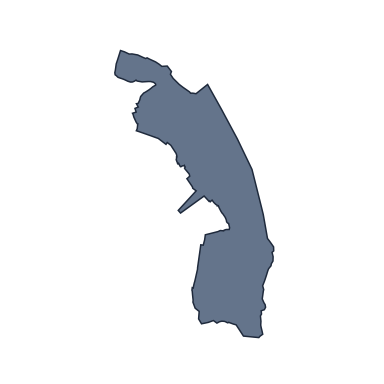 outline of Baile Tusnad, Harghita, Romania, rotated 134°
{"feature_id": "2599482B24277216401355", "entity_name": "Baile Tusnad", "entity_type": "district", "adm_level": 2, "iso_a3": "ROU", "parent_name": "Romania", "parent_adm1": "Harghita", "projection": "albers", "projection_center": [25.861, 46.146], "detail": "fine", "context": "isolated", "style": "filled", "palette": "slate", "viewbox_px": 384, "rotation_deg": 134, "n_neighbors": 0, "source": "geoboundaries", "source_scale": "gbopen_adm2", "svg_char_len": 3070}
<svg xmlns="http://www.w3.org/2000/svg" viewBox="0 0 384 384"><g transform="rotate(134 192 192)"><path d="M245.2,42.3L243.0,45.6L241.3,48.3L240.0,50.1L237.1,52.6L233.6,56.7L231.5,57.2L229.4,59.7L226.4,58.2L223.8,59.0L222.2,61.2L221.7,63.3L220.1,67.2L213.8,71.8L212.4,72.6L210.4,76.0L208.3,76.9L206.1,77.8L203.5,79.0L200.6,80.4L195.9,82.8L193.9,83.6L190.2,83.9L188.5,85.1L185.4,85.8L182.2,88.7L179.8,92.5L177.6,92.3L174.8,95.2L174.1,98.7L173.5,102.0L173.0,105.4L158.7,125.1L154.6,131.6L134.1,164.5L122.3,196.3L112.1,228.1L103.8,255.5L118.5,257.4L120.2,259.9L121.9,261.7L121.7,263.3L123.0,271.4L123.5,276.0L123.4,282.6L123.4,284.4L122.3,289.3L119.6,290.5L118.6,297.3L122.6,301.0L122.9,304.3L123.7,308.5L126.0,315.1L126.7,317.5L128.2,318.1L129.3,321.0L131.1,326.2L134.3,331.0L136.4,333.0L138.1,338.0L139.9,341.7L148.3,337.5L152.5,335.5L157.7,331.7L159.8,330.4L161.1,328.7L160.9,327.6L160.9,324.9L159.6,322.0L159.2,321.3L158.9,320.5L158.5,319.7L158.0,318.4L156.9,315.1L155.7,312.7L154.2,311.2L152.0,310.3L150.4,310.0L150.5,309.2L150.3,308.7L150.0,308.1L148.3,305.6L147.5,304.4L142.8,300.1L141.3,298.5L139.9,296.1L139.7,295.4L139.6,294.6L139.6,293.5L139.7,293.1L140.0,292.7L140.4,292.4L143.6,293.3L145.8,293.5L148.4,293.9L152.6,294.9L154.4,295.5L158.4,295.3L159.1,295.2L160.6,294.4L162.1,293.5L165.7,292.3L167.1,293.3L168.2,289.7L171.5,291.1L173.3,287.7L176.7,289.5L177.1,288.2L177.3,287.9L178.5,285.9L179.4,283.6L180.5,280.8L181.0,278.6L180.7,278.3L181.5,277.7L184.5,275.4L186.6,274.6L185.5,272.3L183.0,266.9L181.4,263.4L177.7,255.2L176.9,253.5L175.8,243.8L173.6,244.2L173.1,239.7L175.3,230.2L175.6,229.6L176.3,228.4L177.1,227.4L177.3,227.5L177.4,227.3L177.6,227.4L178.2,226.8L178.7,226.4L179.1,226.2L179.4,225.9L179.9,225.2L180.0,225.3L180.9,223.4L180.8,222.4L181.0,222.2L181.4,222.3L181.6,221.5L180.8,221.2L181.6,218.9L181.8,218.0L181.8,217.8L181.5,217.5L179.7,217.0L178.7,215.9L178.3,216.0L178.8,214.2L180.0,214.0L180.3,213.0L181.0,206.5L182.2,204.6L186.0,204.9L186.2,203.6L186.5,202.4L188.0,195.3L188.8,194.1L188.3,189.8L214.8,189.1L215.1,185.6L186.5,180.5L186.8,174.8L186.9,173.3L186.3,173.2L186.3,172.5L186.4,172.1L183.9,171.9L184.4,168.8L184.4,167.5L184.4,166.8L184.4,166.2L184.2,165.6L184.1,164.9L184.5,164.2L183.6,163.6L184.5,161.5L185.8,157.7L186.3,155.6L186.3,154.6L187.3,150.0L187.6,149.6L187.8,149.2L187.9,148.6L188.6,147.5L189.4,146.4L189.6,144.9L189.2,143.8L191.6,140.1L193.1,139.2L195.3,141.4L197.2,142.4L197.9,142.2L200.1,144.9L202.4,145.8L207.9,149.2L213.5,152.7L217.6,149.7L222.4,147.0L223.9,149.0L228.1,145.9L232.8,142.5L242.6,135.4L243.7,134.4L250.6,130.2L254.4,127.9L255.8,127.2L258.0,125.9L258.8,125.4L260.1,124.4L260.6,125.4L262.6,123.9L263.1,123.2L263.2,122.9L265.4,120.4L269.0,116.1L270.6,114.8L272.0,111.9L273.4,109.0L272.9,103.9L278.7,99.1L280.2,93.6L274.5,89.7L269.6,87.3L269.0,83.0L266.2,82.1L264.2,80.8L263.8,80.3L263.1,79.5L262.7,79.0L262.3,78.4L262.0,77.6L261.9,77.3L261.8,76.7L261.2,75.3L260.3,75.1L258.3,70.6L256.9,68.0L258.4,61.4L259.9,54.9L250.3,42.8L248.5,42.9L245.2,42.3Z" fill="#64748b" stroke="#1e293b" stroke-width="1.5"/></g></svg>